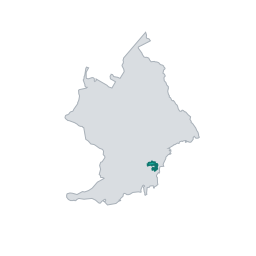 Quibdó, Chocó, Colombia shown in context, rotated 210°
{"feature_id": "7082276B88455186246146", "entity_name": "Quibdó", "entity_type": "district", "adm_level": 2, "iso_a3": "COL", "parent_name": "Colombia", "parent_adm1": "Chocó", "projection": "mercator", "projection_center": [-76.757, 5.984], "detail": "fine", "context": "in_parent", "style": "filled", "palette": "teal", "viewbox_px": 256, "rotation_deg": 210, "n_neighbors": 0, "source": "geoboundaries", "source_scale": "gbopen_adm2", "svg_char_len": 6109}
<svg xmlns="http://www.w3.org/2000/svg" viewBox="0 0 256 256"><g transform="rotate(210 128 128)"><path d="M145.8,42.7L143.5,43.7L138.9,44.9L135.7,50.1L133.5,51.0L130.9,54.1L128.9,58.0L127.4,65.8L123.5,72.4L123.8,72.6L125.3,72.4L126.8,71.6L127.4,71.8L127.9,73.0L129.7,73.3L131.1,78.6L133.8,81.3L134.1,82.4L134.5,84.6L133.5,85.9L133.2,90.8L134.1,92.0L136.1,92.5L137.5,95.5L138.3,96.2L139.6,96.7L142.5,96.2L147.9,96.7L149.2,96.7L152.2,95.6L156.0,96.9L158.9,97.1L166.5,106.2L167.3,106.0L168.3,106.5L170.2,105.6L171.9,105.4L174.1,105.9L177.0,105.9L182.8,104.9L183.7,104.4L186.9,104.9L187.8,105.6L188.3,107.3L187.9,108.4L186.8,109.4L186.2,110.8L186.1,112.4L185.5,113.7L184.5,114.5L184.1,115.6L184.3,117.1L183.7,124.0L184.2,124.6L184.5,127.4L185.8,131.0L186.5,132.1L187.6,132.9L189.7,136.0L189.2,137.0L184.0,141.7L183.7,142.8L184.7,142.3L186.3,142.8L186.9,143.9L190.8,147.2L190.7,148.4L191.8,150.9L191.6,151.5L194.3,158.5L194.4,160.0L192.2,160.4L192.1,155.7L191.8,154.7L189.2,150.5L188.7,150.2L187.0,150.7L184.2,153.8L182.8,154.2L181.8,153.8L180.7,151.9L180.0,151.6L179.3,153.2L180.2,154.5L167.7,154.5L165.3,153.9L161.9,154.6L161.9,161.8L167.8,161.8L169.4,163.9L169.3,165.5L169.5,166.1L168.1,166.5L166.0,165.4L162.4,166.7L159.7,167.0L159.5,174.9L161.1,176.8L164.3,178.9L164.7,180.3L164.5,181.7L165.3,183.4L166.3,184.3L166.3,185.3L166.8,186.4L160.6,219.7L158.4,217.7L157.6,215.8L156.6,215.1L154.5,215.7L152.2,214.7L159.5,203.4L159.2,202.4L153.2,199.7L152.6,199.0L149.7,197.5L148.1,197.9L147.2,198.6L145.0,198.9L143.2,197.7L141.1,196.9L138.6,198.8L137.8,198.8L136.0,199.6L134.1,199.9L131.6,199.1L129.5,199.7L128.1,199.5L127.6,198.9L125.8,198.3L125.6,197.5L126.1,196.1L125.3,193.4L125.0,192.9L123.6,192.9L122.0,191.9L121.7,191.3L122.1,190.1L121.8,189.2L120.2,187.0L118.0,186.4L115.9,184.6L113.8,184.0L112.9,182.6L112.0,179.7L109.8,177.4L108.3,176.6L107.8,175.5L106.2,175.4L104.1,173.9L103.1,173.8L102.5,174.5L100.5,173.8L98.8,172.7L97.1,172.4L96.0,171.7L93.9,169.6L91.7,168.5L90.4,168.9L90.0,170.5L89.2,170.8L86.7,170.4L86.3,170.7L85.6,170.6L82.5,169.5L79.4,169.0L78.6,166.4L76.6,165.4L76.0,164.2L74.6,164.3L69.4,161.9L67.2,160.2L65.3,159.3L63.4,157.4L63.1,156.7L61.6,155.6L62.3,154.2L64.1,153.1L66.5,153.9L66.8,152.3L65.9,150.8L66.3,147.6L66.9,146.8L68.2,146.2L69.0,146.4L69.5,145.9L71.5,146.1L72.0,145.9L73.5,144.6L74.2,143.5L74.8,143.6L76.4,141.8L76.1,140.1L77.6,139.7L79.2,136.8L79.8,136.7L80.2,135.3L82.9,130.5L81.9,131.1L80.8,130.7L81.0,129.1L80.7,128.9L79.8,130.2L79.0,128.9L79.2,126.8L78.0,127.2L78.1,126.7L79.8,125.2L80.6,121.6L80.0,120.4L79.6,115.0L79.3,114.0L77.9,112.7L80.2,111.2L81.0,110.0L79.9,107.6L78.6,105.7L78.5,104.5L79.4,104.6L79.7,101.3L78.9,100.0L78.0,100.0L74.9,95.1L73.9,94.1L74.7,91.7L75.6,90.7L75.4,88.9L76.0,89.0L77.3,90.6L77.8,90.3L79.9,88.8L79.9,87.4L81.6,85.9L79.3,80.8L78.5,80.1L79.4,78.4L80.0,78.5L80.9,80.1L82.3,81.1L84.4,83.9L85.3,84.6L84.7,85.2L84.5,85.9L84.8,86.2L86.0,86.3L86.5,85.5L86.2,82.1L85.7,80.4L84.6,79.2L84.9,78.7L87.1,77.9L91.6,74.6L93.2,71.6L94.4,70.4L95.7,69.7L97.3,69.9L98.6,69.5L99.0,68.5L98.2,66.4L99.1,63.5L99.1,62.0L99.7,61.1L99.5,60.8L97.8,61.8L99.5,59.8L100.7,56.6L107.3,51.1L111.6,52.4L112.9,52.3L111.1,53.0L110.9,53.8L111.5,54.7L112.1,54.9L112.7,54.4L114.1,51.1L114.3,49.3L115.0,48.7L115.9,48.5L120.1,49.3L124.0,49.0L130.5,44.3L135.4,42.4L136.6,40.5L136.9,39.0L137.8,38.5L138.7,38.5L139.3,37.7L141.5,36.4L143.9,36.3L146.5,37.4L147.6,39.3L147.8,40.6L145.8,42.7ZM71.5,145.5L71.2,145.8L70.7,145.3L70.5,144.8L70.8,144.4L71.3,144.5L71.5,145.5Z" fill="#d9dde1" stroke="#a8b0b8" stroke-width="1"/><path d="M86.8,105.7L86.8,105.4L86.8,105.2L86.7,105.1L86.4,104.8L86.3,104.7L86.5,104.6L86.4,104.5L86.2,104.5L86.1,104.4L86.1,104.2L86.1,103.9L85.9,103.8L85.7,103.9L85.6,104.0L85.5,104.3L85.3,104.5L85.2,104.6L85.1,104.8L84.9,104.9L84.8,105.0L84.7,105.0L84.4,105.0L84.2,104.8L84.0,104.7L83.8,104.7L83.7,104.5L83.5,104.4L83.4,104.3L83.3,104.5L83.2,104.5L83.0,104.8L82.9,105.0L83.0,105.2L83.2,105.3L83.1,105.5L83.1,105.8L83.0,106.0L82.9,106.1L82.7,106.1L82.6,106.5L82.4,106.5L82.3,106.8L82.3,107.0L82.2,107.2L82.4,107.3L82.4,107.5L82.5,107.5L82.6,107.9L82.7,108.0L82.8,108.1L83.1,108.2L83.3,108.3L83.3,108.5L83.4,108.9L83.4,109.1L83.5,109.2L83.5,109.3L83.6,109.6L83.6,109.9L83.6,110.0L83.6,110.3L83.8,110.5L84.0,110.6L84.2,110.8L84.3,110.8L84.2,110.9L84.2,111.2L84.4,111.3L84.5,111.3L84.6,111.2L84.7,111.3L84.8,111.1L85.0,111.1L85.3,111.2L85.4,111.3L85.5,111.3L85.7,111.1L85.8,111.1L86.1,111.1L86.3,111.0L86.6,111.1L86.8,111.1L87.1,111.2L87.4,111.1L87.2,111.4L87.4,111.5L87.5,111.7L87.5,111.8L87.7,111.7L87.8,111.7L88.0,111.5L88.0,111.4L88.3,111.5L88.3,111.4L88.5,111.4L88.8,111.0L89.1,111.0L89.3,111.1L89.5,111.0L89.8,111.1L89.9,110.8L90.3,110.7L90.2,110.6L90.3,110.4L90.4,110.5L90.5,110.6L90.5,110.4L90.7,110.2L90.7,109.8L90.7,109.7L90.8,109.6L91.1,109.5L91.2,109.3L91.4,109.2L91.5,109.1L91.8,109.1L91.9,108.9L92.0,108.9L92.1,108.6L92.5,108.6L92.7,108.4L92.8,108.3L92.8,108.2L92.7,108.2L92.8,108.0L92.7,107.9L92.8,107.8L92.8,107.6L92.8,107.4L92.7,107.1L92.6,106.9L92.5,106.7L92.5,106.4L92.4,106.3L92.4,106.1L92.5,106.1L92.4,106.0L92.5,105.8L92.3,105.8L92.3,105.7L92.2,105.5L92.0,105.3L91.9,105.5L91.7,105.6L91.6,105.8L91.3,106.1L91.0,106.3L90.8,106.6L90.5,106.8L90.2,107.0L89.9,107.2L89.7,107.4L89.5,107.5L89.4,107.5L89.2,107.6L88.9,107.5L89.0,107.7L88.9,107.8L88.9,108.0L88.6,108.1L88.4,108.3L88.2,108.3L88.3,108.5L88.2,108.6L87.8,108.7L87.7,108.8L87.3,108.9L87.2,109.0L87.1,108.9L86.9,108.9L86.9,109.0L86.8,109.3L86.7,109.4L86.3,109.5L86.2,109.6L85.8,109.6L85.7,109.6L85.4,109.6L85.2,109.5L85.3,109.4L85.0,109.3L84.9,109.1L84.7,109.0L84.7,108.9L84.5,108.5L84.5,108.4L84.5,108.2L84.5,107.9L84.8,107.9L84.7,107.8L84.8,107.8L84.8,107.6L84.7,107.6L84.5,107.4L84.4,107.4L84.4,107.2L84.2,107.2L84.2,107.3L84.1,107.2L84.0,107.3L83.9,107.3L83.9,107.2L84.0,107.0L83.9,107.0L83.9,106.9L84.0,106.9L84.1,106.7L84.1,106.4L84.2,106.5L84.2,106.4L84.3,106.3L84.3,106.2L84.5,106.0L84.8,106.1L85.0,106.2L85.1,106.3L85.3,106.1L85.5,106.1L85.7,106.3L85.9,106.3L86.2,106.2L86.3,106.1L86.5,106.0L86.5,105.9L86.8,105.8L86.8,105.7Z" fill="#14b8a6" stroke="#0f766e" stroke-width="1.5"/></g></svg>